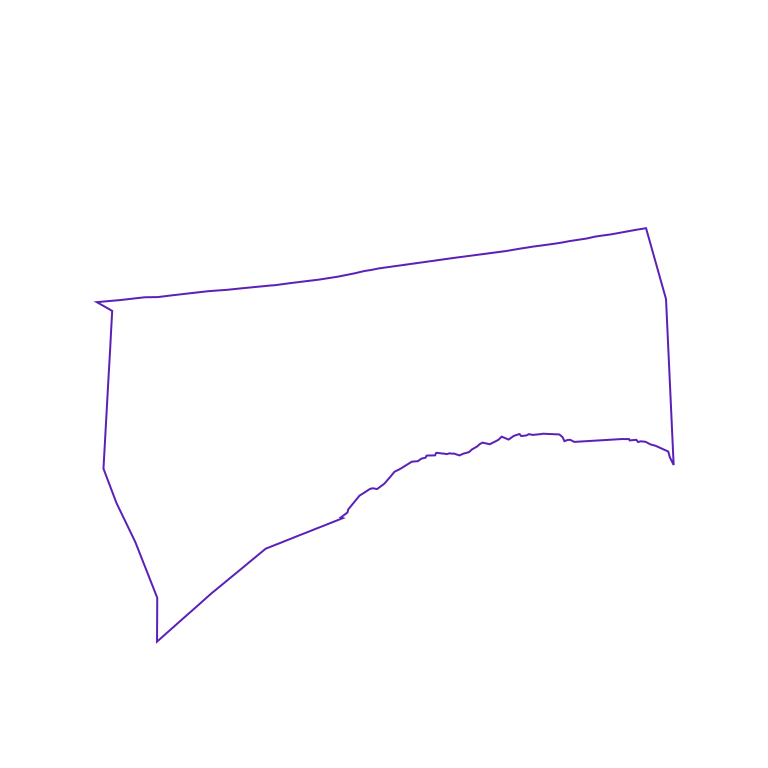 outline of La Grandeza, Chiapas, Mexico, rotated 251°
{"feature_id": "50627088B79475458377656", "entity_name": "La Grandeza", "entity_type": "district", "adm_level": 2, "iso_a3": "MEX", "parent_name": "Mexico", "parent_adm1": "Chiapas", "projection": "robinson", "projection_center": [-92.226, 15.51], "detail": "fine", "context": "isolated", "style": "outline", "palette": "violet", "viewbox_px": 768, "rotation_deg": 251, "n_neighbors": 0, "source": "geoboundaries", "source_scale": "gbopen_adm2", "svg_char_len": 1901}
<svg xmlns="http://www.w3.org/2000/svg" viewBox="0 0 768 768"><g transform="rotate(251 384 384)"><path d="M554.9,139.1L541.6,150.8L524.4,143.8L504.6,135.8L483.9,127.3L395.3,91.2L358.5,92.3L315.6,97.4L255.7,100.0L232.8,92.0L214.3,85.5L227.7,117.7L229.4,121.8L235.2,135.9L237.5,141.4L242.0,152.1L242.9,154.5L244.0,157.6L245.0,160.2L251.8,178.4L255.3,187.9L259.9,200.0L266.8,218.5L267.3,229.0L267.3,229.6L267.4,232.2L267.8,240.3L268.5,254.9L269.3,272.7L270.6,301.4L271.9,299.7L274.4,307.6L277.1,309.4L286.4,324.5L289.4,336.8L289.0,339.6L286.9,343.2L289.5,351.5L290.7,353.8L292.4,356.6L294.0,359.4L297.6,365.3L298.5,371.9L301.5,385.0L300.0,390.9L301.1,394.5L301.2,395.5L300.8,399.3L302.4,400.9L302.0,402.4L301.7,403.5L301.1,405.2L299.9,409.1L301.7,410.6L301.8,411.4L298.9,417.3L298.5,418.4L297.7,419.7L297.5,420.0L297.3,420.5L297.1,423.6L296.7,424.0L295.3,427.7L291.9,432.1L292.3,436.2L291.9,442.2L293.5,445.9L294.0,448.6L294.7,452.1L295.9,454.6L296.5,458.1L292.6,464.4L293.2,468.7L293.5,470.9L294.0,474.1L295.9,478.1L290.9,483.7L292.6,489.6L292.7,493.3L292.5,495.9L290.1,496.8L289.0,501.9L289.4,504.7L287.5,507.9L285.7,515.4L285.2,518.2L279.2,533.4L275.7,535.5L271.2,536.0L271.3,539.5L270.5,542.0L267.3,545.1L254.4,591.4L252.1,597.8L250.7,597.9L249.1,604.4L246.4,605.4L246.2,608.2L244.2,612.5L240.3,616.1L237.2,620.6L227.6,630.8L221.8,630.4L213.1,631.5L291.4,654.5L372.5,678.3L446.0,682.5L447.9,671.5L451.7,646.6L453.3,638.7L454.6,631.8L455.6,622.9L458.7,606.0L459.9,597.8L461.2,590.6L463.4,579.5L465.7,568.1L465.7,567.8L467.6,557.2L467.7,556.6L469.9,543.2L480.5,491.0L494.4,419.8L494.4,419.5L494.9,417.3L496.2,407.7L496.3,407.4L497.2,402.3L498.1,393.4L498.1,393.1L500.5,375.4L503.8,356.9L509.8,328.7L513.0,312.7L513.9,309.5L520.5,281.9L524.3,265.6L526.7,256.7L529.0,247.9L529.1,247.5L536.5,214.1L539.8,198.5L543.9,186.0L549.2,162.1L554.9,139.1Z" fill="none" stroke="#5b21b6" stroke-width="2"/></g></svg>